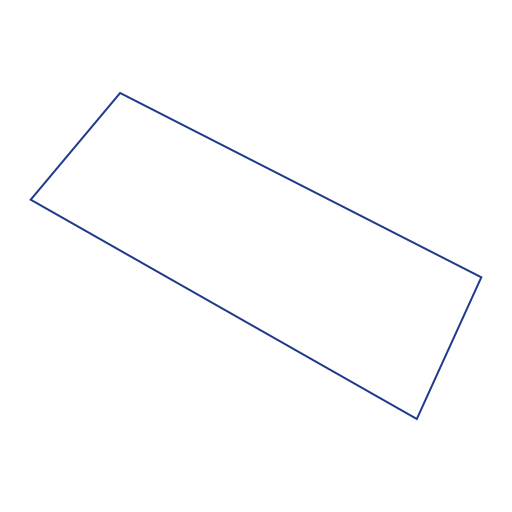 Niulakita, Tuvalu
{"feature_id": "33948139B18258298455850", "entity_name": "Niulakita", "entity_type": "district", "adm_level": 2, "iso_a3": "TUV", "parent_name": "Tuvalu", "parent_adm1": "", "projection": "mercator", "projection_center": [179.471, -10.79], "detail": "fine", "context": "isolated", "style": "outline", "palette": "blue", "viewbox_px": 512, "rotation_deg": 0, "n_neighbors": 0, "source": "geoboundaries", "source_scale": "gbopen_adm2", "svg_char_len": 184}
<svg xmlns="http://www.w3.org/2000/svg" viewBox="0 0 512 512"><path d="M120.1,93.0L30.7,199.7L416.8,419.0L481.3,277.3L120.1,93.0Z" fill="none" stroke="#1e3a8a" stroke-width="2"/></svg>